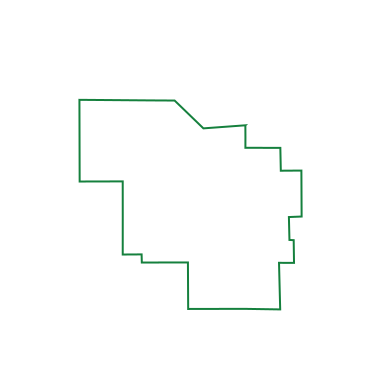 the district of Leandro N. Alem, Buenos Aires, Argentina, rotated 44°
{"feature_id": "61730980B27859754831465", "entity_name": "Leandro N. Alem", "entity_type": "district", "adm_level": 2, "iso_a3": "ARG", "parent_name": "Argentina", "parent_adm1": "Buenos Aires", "projection": "robinson", "projection_center": [-61.594, -34.493], "detail": "fine", "context": "isolated", "style": "outline", "palette": "green", "viewbox_px": 384, "rotation_deg": 44, "n_neighbors": 0, "source": "geoboundaries", "source_scale": "gbopen_adm2", "svg_char_len": 534}
<svg xmlns="http://www.w3.org/2000/svg" viewBox="0 0 384 384"><g transform="rotate(44 192 192)"><path d="M158.9,257.4L185.6,285.1L199.1,271.9L204.9,277.6L238.0,245.5L270.5,278.8L310.6,239.9L337.0,215.2L303.8,182.5L314.6,172.1L298.6,156.0L295.4,158.8L279.1,142.7L287.9,133.5L255.8,100.6L241.1,115.0L224.9,98.9L199.7,123.1L194.6,117.8L192.6,115.7L184.1,107.0L184.1,106.9L156.0,138.3L115.9,138.3L115.4,138.8L114.8,139.4L99.3,154.2L47.0,203.9L103.9,262.5L134.8,232.5L158.9,257.4Z" fill="none" stroke="#15803d" stroke-width="2"/></g></svg>